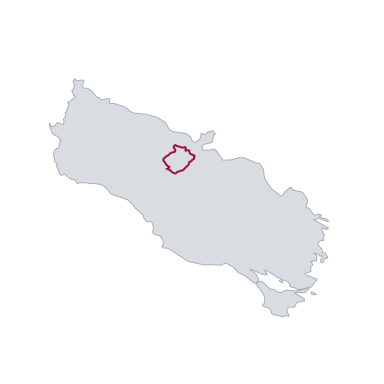 K. Maras on a map of Turkey (Robinson projection), rotated 211°
{"feature_id": "TUR-2283", "entity_name": "K. Maras", "entity_type": "Province", "adm_level": 1, "iso_a3": "TUR", "parent_name": "Turkey", "parent_adm1": "", "projection": "robinson", "projection_center": [36.909, 37.929], "detail": "fine", "context": "in_parent", "style": "outline", "palette": "rose", "viewbox_px": 384, "rotation_deg": 211, "n_neighbors": 0, "source": "natural_earth", "source_scale": "10m", "svg_char_len": 4740}
<svg xmlns="http://www.w3.org/2000/svg" viewBox="0 0 384 384"><g transform="rotate(211 192 192)"><path d="M294.4,140.3L299.6,142.0L301.3,140.7L306.0,140.9L310.2,141.8L312.4,139.0L315.4,139.3L316.0,140.8L317.4,141.3L321.9,144.9L321.4,145.4L322.5,146.7L326.2,147.6L326.7,149.4L329.6,152.1L331.3,156.3L330.5,159.2L328.9,161.1L331.4,167.4L330.7,168.3L335.3,170.3L341.1,170.0L342.9,170.9L348.6,175.9L350.0,177.9L346.2,175.5L344.0,177.5L343.1,182.5L337.0,183.4L338.0,186.6L339.7,188.1L339.3,191.2L339.7,192.4L341.5,194.4L341.3,197.1L342.0,200.0L342.2,203.5L344.7,204.6L343.6,206.2L341.0,213.2L341.2,213.8L343.1,213.9L347.4,217.2L346.7,218.3L347.3,222.8L351.1,225.7L350.5,227.2L350.7,228.7L348.0,228.0L342.7,232.1L342.1,232.0L341.3,230.6L341.0,226.5L339.7,225.5L338.0,225.3L335.1,227.1L332.4,227.0L329.7,226.7L322.5,224.2L319.9,225.0L317.2,224.1L311.9,229.0L310.3,229.4L309.5,227.0L307.6,225.6L305.3,227.4L296.2,229.8L292.0,230.2L286.8,229.4L282.6,229.6L271.1,235.1L260.0,238.1L250.1,237.8L244.7,234.4L240.4,233.6L227.8,238.8L221.5,238.7L219.4,236.5L214.7,235.6L213.6,237.7L212.6,242.6L214.3,247.1L211.6,247.4L209.9,248.4L209.4,251.8L207.0,253.2L206.1,255.3L205.7,255.3L201.8,253.6L202.8,251.9L200.4,245.6L201.6,243.6L206.8,238.5L206.6,235.5L204.5,233.4L197.9,237.2L197.3,238.7L195.8,239.8L193.4,240.2L181.8,235.3L175.0,239.6L169.2,245.9L164.7,248.2L151.8,249.9L149.5,251.2L145.2,249.8L142.6,248.2L136.7,241.0L125.5,235.6L113.7,234.3L112.6,235.7L112.1,241.2L110.1,246.4L109.1,247.0L106.5,245.7L97.2,248.7L89.5,245.3L88.2,243.8L86.6,237.8L85.5,237.4L84.2,238.2L82.9,238.2L77.3,235.6L74.3,235.4L72.4,238.0L69.4,239.0L69.4,238.3L70.6,236.7L65.9,237.0L63.3,238.2L60.0,237.4L60.2,236.8L63.0,235.9L69.3,235.0L73.4,231.0L58.4,231.2L57.0,232.1L56.8,230.0L57.7,229.0L61.7,228.3L61.5,226.6L59.1,224.7L56.5,223.7L55.5,219.4L54.2,218.3L54.4,217.7L56.9,216.9L57.5,213.7L57.2,211.8L52.4,210.1L51.3,210.2L50.2,208.5L48.2,207.3L46.5,208.3L41.7,205.7L42.6,203.8L43.9,203.9L44.1,202.4L43.3,199.9L43.4,198.7L44.5,198.3L45.7,198.6L46.8,200.0L46.9,202.9L48.1,204.5L49.1,202.9L51.3,203.8L55.3,202.9L56.1,202.2L53.2,202.3L52.1,201.6L49.9,197.0L52.4,195.6L54.2,193.4L51.0,191.9L51.7,188.7L49.0,185.1L53.0,180.6L52.8,179.9L51.6,179.7L39.7,181.6L39.6,179.5L40.5,177.8L40.6,173.4L41.3,171.0L43.5,170.3L46.3,166.8L50.9,162.7L55.4,162.8L57.2,161.7L59.9,161.6L60.7,163.2L63.0,164.4L67.2,164.2L69.2,163.1L67.3,161.1L69.7,160.5L71.6,160.9L70.5,163.1L71.1,163.4L76.5,162.7L82.1,163.2L88.3,163.0L89.2,162.3L84.8,160.1L87.7,158.1L89.3,157.7L102.4,155.9L102.5,155.5L94.5,154.5L90.5,151.9L89.4,150.5L90.3,147.1L91.3,146.2L94.1,146.1L103.9,147.6L110.9,146.7L118.5,149.0L125.8,148.5L127.4,147.5L129.3,144.2L139.7,138.8L143.4,136.0L159.5,130.5L183.5,131.4L187.8,129.3L190.2,130.0L189.5,131.4L189.6,132.8L192.5,136.0L196.7,137.9L202.7,136.3L204.8,137.0L206.9,142.1L210.6,145.2L212.3,145.4L214.6,143.6L216.7,143.4L220.3,145.1L221.5,147.0L233.0,149.1L235.4,150.6L243.1,152.2L260.3,148.5L266.6,151.0L271.9,151.8L274.2,151.5L281.1,148.5L283.2,146.9L287.5,145.4L292.9,142.2L294.4,140.3ZM73.2,131.2L72.7,133.5L73.6,136.0L75.9,139.5L78.3,141.3L89.8,146.1L87.9,150.5L85.0,151.2L75.1,149.1L71.0,150.9L68.0,150.4L63.9,151.2L62.7,153.9L59.7,157.0L51.5,160.8L43.8,168.3L41.7,169.3L42.8,166.7L42.8,164.5L46.1,161.8L50.7,159.8L52.0,158.2L40.6,158.5L39.6,156.2L40.8,155.7L44.7,151.6L45.1,149.9L44.9,145.9L49.5,143.6L49.9,142.6L49.4,138.6L45.2,136.3L45.4,135.1L48.5,134.1L50.3,131.3L54.7,130.7L56.9,129.4L60.7,128.7L65.3,132.2L71.0,130.8L73.2,131.2ZM37.9,168.1L34.1,168.7L32.9,168.1L34.2,166.8L37.2,166.0L38.1,167.2L37.9,168.1Z" fill="#d9dde1" stroke="#a8b0b8" stroke-width="1"/><path d="M212.2,204.8L212.8,204.2L213.3,203.4L214.6,202.0L215.1,201.2L215.3,200.1L215.6,199.5L216.2,199.2L218.4,198.7L220.6,199.0L221.0,199.2L221.4,199.4L225.2,199.1L224.2,200.7L224.4,201.9L224.7,201.9L225.3,201.7L225.6,201.7L228.1,202.2L230.2,203.4L231.3,203.7L232.7,204.3L233.5,205.7L233.4,206.5L232.5,208.9L232.4,209.5L232.1,209.9L231.8,210.2L231.4,210.8L230.6,213.8L229.9,215.0L229.1,216.0L228.1,216.7L227.5,217.5L227.5,218.7L228.1,219.7L229.1,220.0L230.9,221.1L230.9,221.7L231.0,222.3L230.8,223.2L230.1,223.7L229.0,223.6L227.9,223.8L225.7,224.5L223.6,224.9L222.7,225.3L221.1,226.9L219.9,226.5L219.4,224.7L218.6,224.2L217.8,225.2L215.7,226.1L215.0,225.1L214.1,224.3L213.5,223.9L212.9,223.7L211.5,224.0L211.1,224.1L210.4,224.3L209.9,224.4L209.6,224.1L209.4,224.2L209.2,224.2L209.0,224.3L208.9,224.5L208.7,224.5L208.1,223.7L208.0,222.4L207.8,222.1L207.6,221.9L207.4,221.3L207.5,220.7L208.0,220.2L208.4,219.6L208.4,218.0L208.8,217.5L209.1,217.3L209.7,216.8L209.8,215.9L209.2,214.7L209.1,213.7L209.1,213.1L209.4,211.8L209.9,210.5L210.7,206.9L211.2,205.6L212.2,204.8Z" fill="none" stroke="#9f1239" stroke-width="2"/></g></svg>